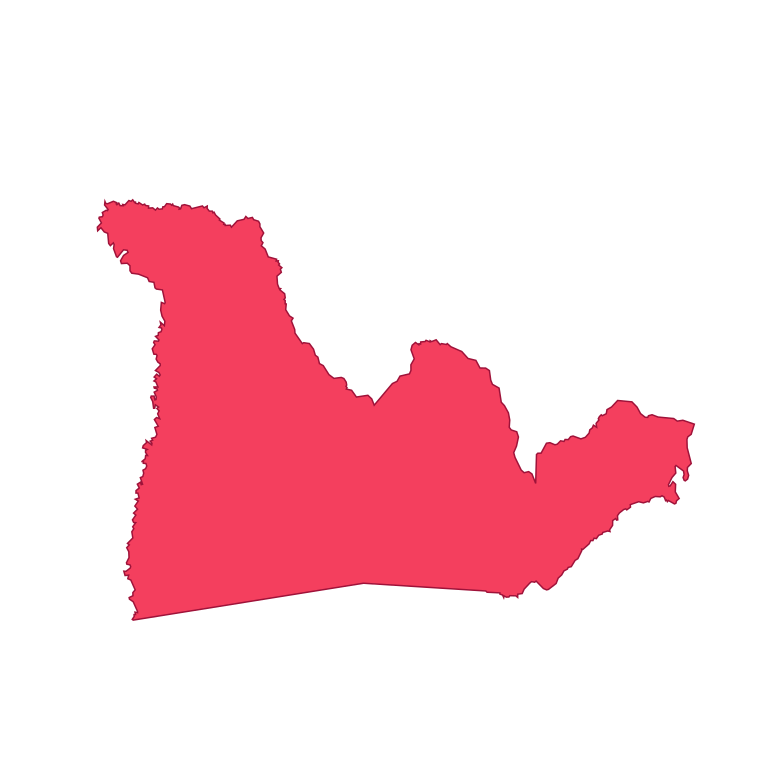 the district of Canarana, Mato Grosso, Brazil, rotated 348°
{"feature_id": "56859067B39965922322561", "entity_name": "Canarana", "entity_type": "district", "adm_level": 2, "iso_a3": "BRA", "parent_name": "Brazil", "parent_adm1": "Mato Grosso", "projection": "natural_earth1", "projection_center": [-52.334, -13.192], "detail": "fine", "context": "isolated", "style": "filled", "palette": "rose", "viewbox_px": 768, "rotation_deg": 348, "n_neighbors": 0, "source": "geoboundaries", "source_scale": "gbopen_adm2", "svg_char_len": 6130}
<svg xmlns="http://www.w3.org/2000/svg" viewBox="0 0 768 768"><g transform="rotate(348 384 384)"><path d="M441.5,609.1L453.9,612.4L453.7,613.6L456.1,615.1L456.7,617.7L457.3,616.2L459.4,617.9L461.9,618.3L463.0,617.2L468.9,618.6L470.4,620.5L471.1,617.4L475.6,617.7L478.4,613.8L485.1,609.1L487.2,608.0L490.2,609.2L491.8,608.4L497.4,617.2L500.3,619.2L502.2,619.1L510.9,614.9L514.0,610.1L518.1,607.7L521.2,604.2L524.9,603.2L526.0,601.7L529.2,601.6L534.3,596.2L537.3,595.2L542.9,588.0L543.0,586.6L544.2,587.1L551.4,583.0L553.6,580.1L555.8,580.6L557.4,578.5L559.6,579.4L562.5,576.6L566.3,576.1L567.1,574.7L572.3,574.3L574.4,575.3L574.3,573.6L578.2,569.8L579.3,565.1L582.6,563.8L583.2,565.5L584.4,565.5L585.0,561.3L587.4,559.1L592.4,556.6L594.5,556.4L595.3,557.6L599.5,555.7L599.8,553.2L608.7,552.1L613.0,554.2L617.6,553.7L618.7,554.5L621.2,551.4L625.9,550.4L630.8,551.8L632.7,551.1L634.6,552.9L635.2,556.7L636.3,556.3L636.7,558.0L638.0,557.1L643.2,561.7L644.7,561.4L645.9,559.0L648.9,557.4L646.5,550.1L648.4,542.7L646.3,539.6L642.7,543.2L641.3,543.3L641.3,541.6L646.3,535.3L650.9,531.8L651.6,525.2L652.7,524.4L658.9,531.4L658.7,535.0L657.1,537.7L657.6,540.7L658.6,541.4L661.2,540.1L663.0,536.7L662.6,532.0L663.5,528.7L668.0,525.7L667.3,509.4L668.8,501.2L670.2,498.8L674.0,497.1L679.2,487.8L668.8,481.6L663.2,481.3L660.2,478.0L645.2,473.3L639.8,469.8L636.1,470.0L635.0,471.5L632.5,470.8L628.8,466.3L626.7,459.2L622.8,453.0L609.1,448.7L601.8,453.8L596.8,455.4L595.2,459.3L590.9,460.4L590.1,459.3L588.0,460.6L586.4,462.5L586.7,463.9L583.3,466.6L583.0,470.5L580.3,467.8L578.7,470.2L575.8,471.6L574.4,474.7L569.9,478.0L565.2,478.6L558.1,474.2L555.6,474.3L552.7,476.7L549.6,475.9L548.1,477.6L544.9,476.3L541.0,478.9L538.6,479.0L534.1,475.9L530.6,475.7L523.3,484.3L520.0,483.7L518.5,484.7L511.7,512.8L510.0,502.7L507.3,499.8L502.6,499.9L500.3,496.7L496.9,483.1L496.6,478.1L500.7,472.3L504.5,463.8L503.9,458.3L498.9,455.4L497.5,452.4L499.5,445.4L499.7,438.1L497.3,430.2L494.9,426.2L495.7,411.9L490.0,406.9L489.2,402.4L489.9,392.8L486.8,389.6L481.2,388.3L478.8,380.0L471.5,376.5L466.9,368.5L457.2,361.5L454.3,357.6L453.2,358.3L448.5,356.4L447.1,357.2L444.2,351.6L439.4,352.4L438.1,351.2L437.7,352.4L434.2,350.0L433.1,351.0L428.6,350.5L428.1,352.5L426.6,351.9L426.2,352.9L423.4,349.9L419.6,352.0L417.5,356.1L418.8,365.7L414.3,370.8L413.2,376.3L411.0,379.4L401.3,379.6L397.3,384.1L392.3,385.3L370.0,402.7L368.9,396.0L365.9,391.7L354.3,391.0L351.0,383.4L346.1,381.1L347.1,379.8L346.3,378.4L347.3,377.3L347.4,374.3L345.9,370.3L343.6,368.7L336.2,368.1L332.1,363.4L328.4,353.4L325.1,350.6L324.9,344.0L322.8,341.6L322.3,335.3L319.4,328.9L314.0,326.9L312.5,327.5L307.5,315.7L308.0,312.1L306.5,303.0L308.7,300.7L305.7,297.7L303.3,290.9L305.0,285.4L304.0,285.0L304.7,281.7L303.7,280.5L305.3,279.2L305.6,275.1L301.6,270.1L302.7,269.2L301.3,268.7L300.6,264.2L301.7,256.3L306.8,253.4L306.5,250.1L308.3,249.0L305.7,245.7L306.8,244.8L305.7,242.9L306.3,241.5L304.1,241.3L304.9,239.6L297.2,235.6L295.8,227.3L292.7,223.3L295.0,220.6L293.7,218.2L294.1,215.4L297.7,211.3L295.3,204.3L295.9,201.6L295.1,198.7L290.7,196.2L289.9,193.7L285.3,193.8L283.7,191.4L281.3,193.8L274.4,193.9L267.4,198.9L266.7,196.7L261.6,195.9L261.8,194.8L260.4,194.5L261.0,193.3L257.0,189.4L257.8,188.5L254.4,183.7L253.5,180.6L252.3,181.0L252.0,179.2L249.1,178.6L247.5,175.5L248.1,173.2L244.6,174.2L243.4,172.1L232.2,172.5L231.1,169.6L226.2,167.1L223.4,167.2L221.4,170.4L220.0,170.4L220.6,169.4L219.8,168.2L215.0,165.7L214.7,164.1L213.5,165.0L212.6,163.6L208.9,162.4L206.1,164.9L204.5,164.7L203.6,166.6L200.3,166.3L199.0,164.7L196.6,166.4L194.4,163.6L190.2,163.0L190.8,160.9L187.8,159.8L187.3,158.3L185.1,158.7L182.0,155.5L181.0,156.7L178.4,155.5L178.7,154.4L177.6,154.2L176.5,151.6L174.6,152.7L172.6,151.5L167.9,154.9L165.8,154.1L166.0,155.4L163.0,154.7L162.2,151.9L160.0,153.1L159.5,152.1L160.3,151.1L157.3,149.0L151.1,150.2L149.4,149.6L149.0,147.5L147.9,150.8L150.4,155.9L149.6,156.9L148.4,156.3L144.1,157.7L144.4,160.4L143.3,161.8L140.2,161.6L139.6,162.6L141.1,167.7L136.2,171.0L135.8,174.6L139.6,172.3L142.0,177.1L145.1,179.2L143.9,189.3L145.1,191.8L148.6,189.7L149.0,191.6L147.6,195.3L148.8,203.9L149.7,204.6L157.1,198.6L160.6,199.8L161.0,202.1L156.0,204.1L151.9,208.7L152.2,211.6L158.0,212.5L160.1,215.5L159.1,220.4L160.3,223.2L166.7,225.5L174.8,230.9L175.6,234.9L180.1,236.7L180.0,242.3L181.1,243.8L186.8,245.9L186.9,258.8L186.1,259.8L183.2,257.9L180.9,265.3L181.0,271.5L182.7,277.0L181.3,281.3L178.1,277.0L178.1,279.8L175.7,281.9L178.0,283.0L178.1,284.4L176.8,286.5L174.0,286.9L173.2,289.5L170.4,289.9L173.0,294.1L172.3,295.2L168.3,294.1L167.3,295.5L168.2,298.0L164.6,301.4L165.1,307.0L167.5,307.7L167.9,309.1L166.3,312.2L167.3,315.5L169.3,317.8L169.0,319.4L163.2,323.3L166.2,326.0L167.0,328.6L165.8,329.7L163.7,327.1L160.6,329.4L162.6,331.6L159.6,333.2L161.3,334.6L162.3,339.9L158.4,339.1L158.5,340.3L161.0,341.6L161.1,343.1L157.5,344.2L158.6,349.4L157.8,351.8L156.6,351.9L156.6,348.0L153.8,347.4L153.0,348.7L154.1,353.1L153.6,359.8L154.7,360.0L156.0,356.8L158.7,359.7L156.8,360.7L158.4,363.5L156.4,366.1L157.4,371.3L154.5,369.5L152.0,371.0L154.4,378.4L150.8,378.9L151.4,386.1L149.5,388.5L145.4,388.8L146.0,390.9L143.4,391.3L144.7,393.7L144.1,395.3L139.6,389.9L139.6,391.9L135.7,394.2L134.6,396.3L138.8,398.8L137.0,399.4L136.5,401.2L137.8,404.8L136.0,404.3L134.9,407.5L130.7,409.7L132.6,409.7L132.1,411.5L134.6,412.3L134.9,414.9L133.2,417.3L130.3,418.2L130.4,421.3L128.8,424.4L126.2,424.9L127.0,431.9L125.6,432.0L125.3,429.4L121.9,430.7L123.0,434.8L119.3,436.7L118.7,439.1L120.6,439.6L120.8,444.5L116.8,445.0L119.3,447.4L114.9,451.6L116.9,455.2L112.2,458.2L114.0,460.6L109.7,464.6L110.3,467.4L112.3,468.0L108.5,471.4L109.2,473.5L106.6,476.1L106.3,482.4L99.9,486.6L101.4,488.4L98.3,490.6L99.5,495.0L98.5,500.8L94.9,505.3L95.0,506.8L97.9,508.1L98.3,509.7L97.6,511.2L92.7,513.6L90.6,513.0L90.9,517.5L94.5,517.9L92.9,521.2L95.6,523.1L97.8,533.6L95.0,535.8L94.4,538.9L90.3,539.9L90.3,541.6L93.4,544.8L95.6,555.1L95.4,556.4L93.0,555.4L93.0,557.8L91.6,557.6L91.3,559.5L88.8,561.9L89.6,562.8L322.4,574.6L440.5,607.6L441.5,609.1Z" fill="#f43f5e" stroke="#9f1239" stroke-width="1.5"/></g></svg>